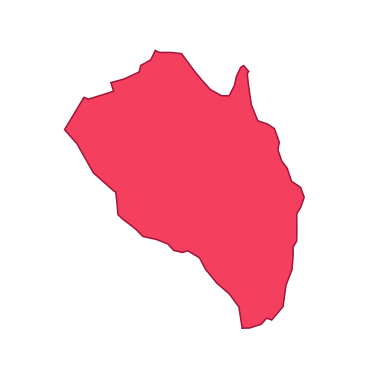 Askersund, Orebro, Sweden (Robinson projection), rotated 75°
{"feature_id": "70781695B5834456968412", "entity_name": "Askersund", "entity_type": "district", "adm_level": 2, "iso_a3": "SWE", "parent_name": "Sweden", "parent_adm1": "Orebro", "projection": "robinson", "projection_center": [14.979, 58.853], "detail": "fine", "context": "isolated", "style": "filled", "palette": "rose", "viewbox_px": 384, "rotation_deg": 75, "n_neighbors": 0, "source": "geoboundaries", "source_scale": "gbopen_adm2", "svg_char_len": 1024}
<svg xmlns="http://www.w3.org/2000/svg" viewBox="0 0 384 384"><g transform="rotate(75 192 192)"><path d="M336.5,179.0L338.3,171.4L337.6,159.1L333.2,152.7L336.3,148.1L326.2,133.7L306.1,125.2L292.9,115.5L279.7,110.8L271.5,108.7L266.5,103.6L256.4,100.7L240.1,96.4L235.0,91.0L226.2,85.0L215.6,85.9L207.4,93.1L193.6,93.9L185.4,97.3L173.5,98.1L166.6,94.8L152.1,96.0L145.9,101.5L140.2,110.0L123.2,112.1L101.9,109.6L91.8,107.9L90.3,106.0L83.2,109.4L84.2,112.7L92.0,119.3L99.9,123.3L108.7,131.2L106.7,138.5L97.9,147.7L86.1,153.7L77.3,157.7L67.4,161.7L55.6,166.3L51.7,176.2L48.7,187.5L45.7,190.8L53.6,197.5L56.5,208.8L62.4,212.1L65.3,228.7L65.3,242.0L74.4,241.7L75.5,267.8L72.6,271.9L98.8,299.0L99.1,298.8L115.7,290.6L148.0,282.3L171.5,266.8L171.9,265.6L183.7,267.4L194.7,269.4L200.4,265.9L206.1,261.4L213.6,255.8L222.2,251.0L228.6,238.7L236.1,228.6L243.6,224.9L247.9,217.0L247.8,211.2L257.5,201.8L270.3,198.9L286.3,191.7L300.2,182.3L315.2,176.5L335.8,178.7L336.5,179.0Z" fill="#f43f5e" stroke="#9f1239" stroke-width="1.5"/></g></svg>